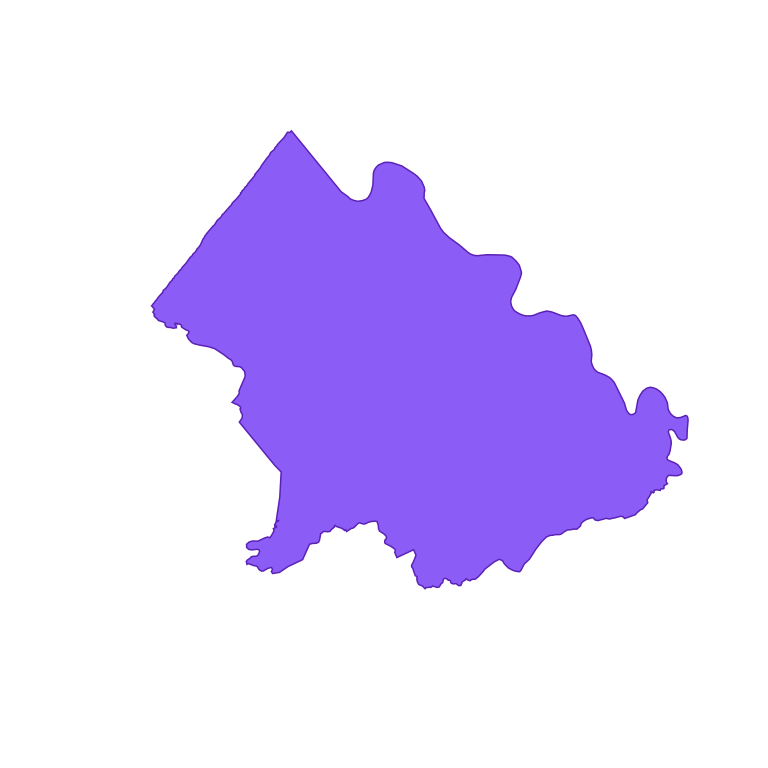 Agua Dulce, Veracruz, Mexico, rotated 322°
{"feature_id": "50627088B60707698432893", "entity_name": "Agua Dulce", "entity_type": "district", "adm_level": 2, "iso_a3": "MEX", "parent_name": "Mexico", "parent_adm1": "Veracruz", "projection": "orthographic", "projection_center": [-94.163, 18.09], "detail": "fine", "context": "isolated", "style": "filled", "palette": "violet", "viewbox_px": 768, "rotation_deg": 322, "n_neighbors": 0, "source": "geoboundaries", "source_scale": "gbopen_adm2", "svg_char_len": 6147}
<svg xmlns="http://www.w3.org/2000/svg" viewBox="0 0 768 768"><g transform="rotate(322 384 384)"><path d="M468.6,206.1L466.9,127.5L464.5,127.7L463.0,126.2L456.7,128.3L447.3,129.7L446.7,130.2L443.1,130.8L442.6,131.4L441.4,131.7L437.5,131.8L436.4,132.1L435.0,133.1L431.3,133.8L422.1,136.4L419.7,137.5L411.1,139.4L410.3,140.2L400.1,142.4L397.3,143.5L395.9,143.3L393.8,144.2L391.0,144.4L390.7,144.9L388.6,145.2L388.6,145.8L381.8,147.3L375.9,148.0L373.6,149.1L371.7,149.2L363.0,150.9L360.7,151.0L358.9,152.0L353.3,152.4L348.2,154.3L346.5,154.3L337.7,156.1L333.3,157.3L332.6,158.0L331.0,158.2L325.3,161.2L322.5,162.1L319.7,162.5L316.9,163.8L313.3,164.0L312.1,164.7L309.0,164.9L302.2,167.0L296.9,167.8L295.2,168.6L292.8,168.7L289.6,169.8L285.4,170.2L283.6,171.2L282.1,171.0L281.1,171.8L277.8,172.1L272.7,173.9L270.2,174.3L267.8,174.3L266.0,175.5L258.8,176.8L257.3,177.5L254.6,177.9L253.6,178.4L251.4,178.7L250.6,179.1L249.0,179.3L249.2,183.7L246.1,185.1L246.1,188.0L245.3,188.1L244.6,189.5L245.3,192.8L245.4,195.1L248.2,199.2L249.1,201.1L247.8,203.0L247.7,204.7L248.4,206.2L250.1,207.6L252.5,210.5L253.6,211.0L255.0,211.8L255.9,210.7L256.0,208.3L256.4,207.7L257.1,207.7L257.5,208.2L257.8,209.6L258.5,209.2L259.7,211.1L260.2,211.4L260.4,212.1L260.3,213.5L259.7,214.0L259.6,214.8L261.3,219.5L262.3,221.1L262.6,222.6L261.0,223.7L258.5,224.2L257.6,228.4L258.1,232.9L259.1,235.3L262.9,240.1L268.8,246.7L272.4,252.1L275.9,262.5L277.2,268.0L278.2,270.4L278.3,272.8L277.0,276.2L277.2,277.6L278.0,278.8L281.0,281.6L281.7,283.3L281.9,288.1L279.9,291.8L278.9,292.8L265.6,300.1L264.7,301.7L263.2,302.7L260.4,303.6L253.0,304.9L254.7,308.4L255.6,309.6L256.8,313.3L256.2,314.9L255.2,315.0L253.8,318.6L253.7,320.7L251.4,323.4L246.5,325.0L247.8,380.6L248.8,390.0L232.2,409.0L214.7,425.6L216.8,426.7L216.5,426.9L214.0,426.4L212.2,427.1L212.2,427.6L211.0,427.7L210.3,429.0L211.6,429.6L211.1,430.5L207.8,429.8L207.5,431.2L206.1,432.4L201.8,434.2L199.4,434.8L198.1,432.9L195.0,431.8L187.9,430.2L183.8,426.8L180.5,425.5L177.0,425.7L175.2,428.1L175.2,429.4L175.7,431.2L177.5,433.2L182.2,436.1L183.3,437.5L183.4,438.4L182.7,439.5L179.8,441.2L177.5,441.2L174.6,439.1L173.1,438.5L171.2,438.8L167.7,438.6L166.2,439.1L165.0,441.8L166.4,441.9L169.4,446.7L171.2,448.8L171.7,449.9L171.3,452.9L171.6,454.6L172.3,456.0L173.9,457.1L179.0,457.8L182.3,459.2L182.1,461.3L179.8,462.4L179.5,464.7L185.6,468.1L196.1,468.8L211.7,472.3L226.7,464.4L229.6,465.7L232.6,467.8L234.9,468.4L237.0,467.4L241.9,463.0L243.1,463.2L244.9,462.8L247.3,464.3L248.6,465.8L250.7,466.9L252.9,466.3L256.7,466.2L257.3,465.4L258.4,465.3L258.6,466.7L261.5,471.1L262.5,473.3L262.7,475.1L264.2,475.3L263.7,477.2L269.4,477.7L270.7,478.4L272.2,478.6L277.8,477.9L279.2,478.3L281.6,481.7L283.3,482.7L286.2,483.3L288.9,484.3L292.8,486.8L293.8,488.1L292.5,491.8L290.6,494.7L289.9,497.1L291.6,501.9L292.0,504.8L291.7,506.2L290.2,507.4L288.9,507.5L287.9,508.1L286.9,509.5L286.8,510.5L289.4,515.9L290.9,520.9L290.3,522.3L288.8,523.3L287.3,528.7L305.3,532.8L303.8,538.6L297.6,542.3L294.2,543.8L293.3,544.9L293.2,546.9L290.6,554.3L291.5,556.0L289.5,558.3L288.6,560.3L288.0,562.8L288.1,563.9L289.0,565.1L289.9,567.0L290.3,570.6L291.5,570.3L295.2,572.4L295.7,573.1L298.0,573.2L300.7,577.1L302.7,577.9L305.6,576.7L308.0,576.6L310.6,574.5L311.7,574.4L312.6,575.0L313.5,576.0L313.8,578.2L314.8,578.8L315.1,579.9L314.3,582.1L315.4,584.1L317.9,585.7L318.5,588.2L318.9,589.0L319.8,589.7L320.7,590.0L324.0,588.1L327.1,588.5L328.8,588.1L329.3,590.0L330.8,592.1L332.3,592.0L333.6,592.5L335.8,594.0L340.1,593.9L347.1,592.7L349.2,592.0L361.0,592.0L366.1,592.9L367.3,593.6L368.6,596.3L368.1,599.7L368.7,605.4L370.7,609.9L372.2,612.2L374.8,615.1L375.7,615.4L377.3,615.1L383.7,612.2L390.7,611.6L402.1,607.6L411.3,605.3L417.9,604.5L421.7,605.6L423.9,607.1L426.3,608.2L429.8,610.9L431.6,611.4L434.8,611.4L438.6,611.9L441.8,614.0L444.1,615.1L446.8,617.2L451.5,616.8L453.6,615.2L456.2,614.9L460.3,615.4L464.3,616.9L466.6,618.3L466.5,620.9L468.4,623.3L476.4,626.7L478.1,628.8L480.2,630.1L481.5,630.3L482.5,631.2L489.2,634.0L490.7,635.9L490.8,638.1L501.8,641.8L503.4,641.3L508.7,641.0L510.9,641.7L518.8,639.9L519.8,637.4L527.1,634.7L527.9,633.3L528.8,634.2L529.1,635.5L530.1,635.6L531.3,634.1L533.6,635.1L536.2,637.9L537.8,637.1L539.3,638.4L540.5,638.5L542.0,636.6L546.0,637.1L546.0,635.6L546.9,633.8L548.5,632.2L550.7,631.3L552.3,631.4L557.4,635.9L559.0,637.0L561.7,637.9L563.4,638.0L564.6,636.9L565.8,633.8L565.8,628.5L564.7,625.5L561.1,619.1L560.9,617.7L561.2,616.9L562.5,615.6L565.4,614.8L568.3,612.8L573.6,607.9L575.1,605.8L576.4,603.1L578.4,597.1L578.9,596.5L580.2,595.7L581.6,596.1L582.7,597.1L583.3,598.3L583.7,600.4L582.6,607.0L582.9,609.3L583.6,610.7L585.8,612.9L587.0,613.4L588.9,613.5L589.6,613.0L594.5,607.1L601.2,599.9L602.7,597.5L603.0,595.7L602.7,595.0L602.2,594.5L597.4,593.1L594.9,591.7L593.9,591.0L592.2,587.9L591.6,584.6L591.7,582.1L592.4,578.8L595.8,573.1L597.1,567.7L597.3,563.6L596.8,559.5L595.5,555.4L593.5,552.3L591.7,550.4L588.9,549.2L587.5,549.0L583.4,549.0L578.6,550.6L574.1,553.0L565.0,561.2L563.8,561.6L561.4,561.2L559.6,560.1L559.2,559.4L558.7,557.5L558.9,554.1L561.8,546.7L566.4,524.5L566.2,520.3L565.7,517.7L564.0,513.5L559.6,506.2L558.9,502.8L559.0,500.3L559.9,496.7L561.2,493.8L565.8,488.9L568.3,484.9L570.0,481.2L575.2,462.7L576.6,457.1L577.2,451.9L577.1,448.1L576.5,446.8L575.3,445.8L569.7,443.1L567.5,441.1L565.4,438.6L561.6,432.1L559.6,429.3L556.9,426.5L550.5,423.8L543.9,421.9L541.4,420.5L537.7,417.6L536.2,415.9L534.0,412.2L532.0,407.2L531.9,404.9L532.4,401.5L534.1,397.8L535.1,396.5L538.0,394.2L545.9,390.7L556.9,384.1L560.0,381.8L561.1,380.5L563.7,373.8L563.8,369.1L562.9,362.8L561.9,360.9L559.2,357.5L557.5,355.9L545.1,345.8L536.6,340.4L534.0,337.9L532.0,334.5L531.2,331.9L529.0,321.1L525.5,308.6L524.3,301.2L524.4,296.3L527.9,275.8L529.8,262.4L533.5,258.0L535.1,256.8L536.8,253.9L538.5,247.3L538.1,240.8L536.9,236.2L532.3,223.1L526.5,214.5L523.5,211.6L520.6,209.6L514.3,208.0L510.8,208.5L507.6,209.7L505.4,211.4L497.8,220.3L492.0,224.9L489.0,226.3L486.2,227.3L483.4,227.4L479.5,226.0L475.6,223.7L473.0,220.4L471.2,217.0L471.0,214.4L468.6,206.1Z" fill="#8b5cf6" stroke="#5b21b6" stroke-width="1.5"/></g></svg>